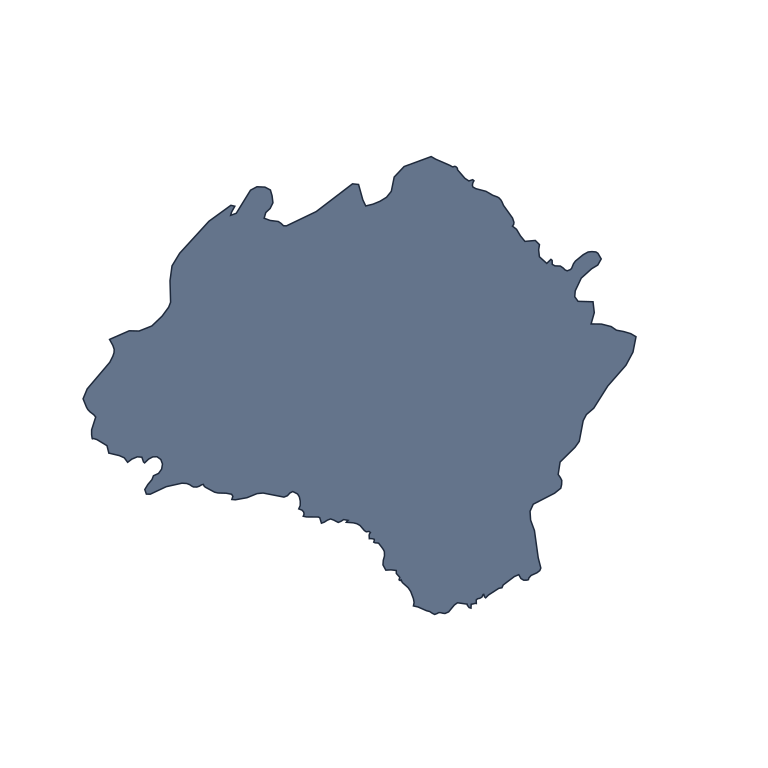 an SVG outline of Lublin, rotated 131°
{"feature_id": "POL-3151", "entity_name": "Lublin", "entity_type": "Voivodeship", "adm_level": 1, "iso_a3": "POL", "parent_name": "Poland", "parent_adm1": "", "projection": "equal_earth", "projection_center": [23.045, 51.304], "detail": "fine", "context": "isolated", "style": "filled", "palette": "slate", "viewbox_px": 768, "rotation_deg": 131, "n_neighbors": 0, "source": "natural_earth", "source_scale": "10m", "svg_char_len": 3903}
<svg xmlns="http://www.w3.org/2000/svg" viewBox="0 0 768 768"><g transform="rotate(131 384 384)"><path d="M436.9,146.6L438.3,147.5L440.4,149.8L441.0,153.0L439.5,157.2L443.8,159.3L457.5,162.2L460.4,161.3L462.9,163.3L474.7,166.7L478.7,167.0L478.7,168.5L477.3,170.7L477.8,171.1L480.6,170.3L482.9,171.1L484.7,172.5L486.5,172.7L489.1,170.3L489.8,171.3L491.7,172.6L493.0,173.7L496.1,171.3L496.9,173.1L496.3,176.0L495.6,176.8L500.9,185.0L504.6,185.9L513.6,185.7L517.2,187.4L518.4,189.2L519.4,191.2L520.6,192.7L522.3,193.3L524.7,194.6L525.4,197.3L525.7,200.1L527.2,203.1L530.0,212.1L532.2,216.2L529.2,217.9L526.7,221.0L523.1,227.7L521.9,232.1L521.8,239.9L520.6,242.6L521.3,242.8L521.7,242.8L521.8,243.1L521.9,244.2L519.6,245.2L518.9,250.4L516.7,252.4L519.7,256.8L523.3,260.5L521.2,266.1L517.5,268.9L513.5,270.8L510.3,273.7L509.5,275.5L508.8,278.1L507.7,283.6L508.4,284.8L509.7,286.5L510.1,288.0L508.4,288.7L507.6,289.4L508.2,290.9L509.4,292.6L510.4,293.6L507.9,296.0L506.8,296.6L505.0,296.8L505.1,298.6L507.2,300.4L507.5,302.7L506.5,309.2L507.2,312.7L508.9,316.1L513.1,321.7L511.8,321.8L510.5,321.7L512.8,325.5L515.9,326.4L518.5,327.7L519.3,330.9L519.6,332.4L520.9,335.8L523.9,337.4L527.4,338.4L530.1,339.9L527.1,344.7L527.4,346.2L535.2,355.3L536.8,358.2L534.6,359.0L533.3,360.7L533.0,363.2L534.2,366.4L530.7,367.5L527.3,370.4L524.7,373.9L523.7,377.1L525.0,382.3L528.0,383.5L531.7,383.6L535.0,385.3L545.6,403.7L550.0,407.9L559.7,412.8L568.9,420.2L571.0,423.1L567.9,424.4L567.2,426.7L570.0,431.5L575.1,437.7L576.8,440.9L579.1,451.1L579.1,452.6L578.3,454.5L579.7,455.5L582.2,456.3L584.5,457.6L586.7,460.2L587.2,462.2L587.4,464.4L588.5,467.6L591.4,471.4L604.4,481.0L620.5,488.1L623.0,491.1L620.6,495.3L614.8,496.3L608.4,496.4L604.5,497.8L599.4,495.5L594.1,496.0L589.7,498.7L587.4,502.9L587.8,507.6L590.7,510.7L595.2,512.4L600.6,512.9L600.6,514.4L598.1,518.7L600.8,522.4L606.1,525.0L611.3,526.1L610.1,531.6L611.7,536.8L616.6,546.2L616.7,546.3L612.3,552.6L614.3,564.2L615.7,567.4L616.7,568.1L616.5,568.6L614.1,571.4L610.4,574.6L598.1,579.9L597.6,582.8L597.9,587.5L597.6,590.7L596.7,593.3L592.6,601.4L582.4,604.8L547.5,605.2L540.9,606.9L537.5,608.3L534.9,610.3L532.8,613.9L530.4,620.4L511.0,611.2L504.7,603.6L492.5,597.3L478.3,596.0L467.3,596.9L462.3,598.7L446.4,613.3L433.9,621.5L419.3,624.0L376.0,622.9L349.6,616.8L347.7,613.2L354.3,611.8L357.3,610.4L352.1,607.5L325.3,611.9L318.5,609.3L313.5,603.0L312.1,597.0L315.4,591.9L320.1,586.7L326.2,585.1L332.2,585.7L337.5,583.2L335.3,577.3L330.7,570.4L330.3,567.0L330.5,563.7L328.7,561.4L298.4,548.3L253.6,539.1L250.1,534.1L258.9,520.8L261.6,514.6L255.5,510.3L248.7,506.9L241.4,504.6L233.8,504.9L221.1,512.1L206.7,511.5L181.4,497.6L180.4,492.4L175.7,477.5L175.3,475.2L174.9,474.4L174.0,473.9L173.2,473.3L172.8,471.9L173.0,470.3L173.5,469.6L174.0,469.2L174.2,468.4L175.7,457.9L175.1,453.2L171.6,451.1L171.6,449.4L173.0,449.2L174.7,448.5L176.2,447.5L177.0,446.1L176.3,442.8L171.7,433.5L170.2,425.7L168.5,421.3L168.1,419.4L168.4,416.6L169.1,414.5L170.8,411.0L174.4,395.9L176.7,392.0L178.5,390.8L180.6,390.6L180.3,385.5L182.7,378.2L183.9,371.2L176.4,364.0L176.8,358.1L181.3,355.3L186.0,350.2L186.2,340.3L180.4,339.8L180.4,338.2L183.3,335.5L182.7,332.5L179.3,328.3L178.9,324.9L179.1,322.1L178.4,320.0L175.4,318.4L173.6,318.3L168.9,319.9L165.6,320.2L155.7,318.5L150.5,316.6L147.7,314.0L145.3,310.7L145.0,308.3L147.1,302.1L154.0,300.7L160.8,302.9L174.7,304.6L188.2,300.8L193.0,297.3L194.3,291.8L184.8,280.2L192.2,272.1L202.8,267.1L196.1,259.2L191.6,250.2L190.9,243.9L187.2,237.6L184.1,230.8L183.0,224.8L196.6,217.0L211.1,213.7L238.6,213.8L264.7,209.8L274.3,211.2L281.0,209.6L299.2,199.0L306.5,198.3L327.4,199.9L338.0,193.2L338.9,189.6L340.1,186.6L343.3,184.0L346.7,182.2L354.5,183.6L376.8,192.5L384.2,190.3L390.5,184.1L395.9,174.3L413.9,153.7L420.0,144.9L422.6,144.0L426.1,144.7L432.0,147.4L435.4,147.4L436.9,146.6Z" fill="#64748b" stroke="#1e293b" stroke-width="1.5"/></g></svg>